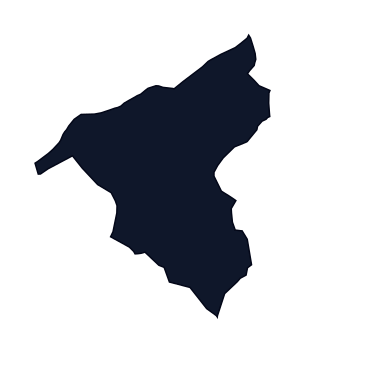 Sandamu, Katsina, Nigeria, rotated 151°
{"feature_id": "59680162B54666922464494", "entity_name": "Sandamu", "entity_type": "district", "adm_level": 2, "iso_a3": "NGA", "parent_name": "Nigeria", "parent_adm1": "Katsina", "projection": "robinson", "projection_center": [8.364, 12.927], "detail": "fine", "context": "isolated", "style": "filled", "palette": "ink", "viewbox_px": 384, "rotation_deg": 151, "n_neighbors": 0, "source": "geoboundaries", "source_scale": "gbopen_adm2", "svg_char_len": 1610}
<svg xmlns="http://www.w3.org/2000/svg" viewBox="0 0 384 384"><g transform="rotate(151 192 192)"><path d="M66.4,301.7L69.2,299.8L77.6,298.3L84.1,297.3L99.8,298.4L111.0,298.5L114.5,298.4L122.1,296.4L146.4,292.9L157.7,290.9L158.4,291.7L166.7,297.6L169.7,300.9L172.0,302.4L180.1,304.0L180.9,303.9L183.6,303.5L186.7,302.9L189.5,302.4L191.5,302.6L193.3,302.8L195.7,302.7L202.3,302.7L208.1,302.6L212.0,301.7L212.7,301.6L216.0,301.9L218.8,302.7L224.8,303.7L233.2,305.3L239.5,307.4L251.4,313.6L259.8,312.7L267.7,309.5L271.5,307.3L274.2,306.3L276.9,304.8L281.8,300.9L284.4,299.5L293.0,296.7L299.2,295.3L312.2,293.5L315.3,293.3L317.8,282.2L315.8,281.2L306.6,282.1L279.0,281.6L276.4,266.0L270.9,244.2L263.0,230.6L263.3,221.5L264.2,216.4L267.9,210.1L280.4,195.5L284.9,192.3L273.5,174.2L271.8,168.3L271.8,165.5L269.3,164.3L266.5,163.2L264.7,162.7L262.3,162.2L256.5,144.0L252.9,139.6L255.4,124.2L240.0,109.5L235.7,82.9L230.7,72.2L230.5,70.4L229.9,71.3L212.7,87.3L195.9,91.6L191.6,93.2L185.0,93.1L180.2,98.8L175.2,99.5L166.6,123.9L167.0,133.2L167.0,133.7L168.2,134.5L172.3,137.5L172.8,137.7L172.6,138.1L171.3,146.0L167.6,154.6L165.7,158.5L157.8,163.2L158.6,164.9L162.0,171.5L164.0,175.0L165.9,178.5L165.1,195.2L163.2,198.6L156.8,202.7L148.2,206.7L133.0,210.9L120.6,209.4L119.2,209.4L117.0,210.3L105.1,215.0L102.8,217.7L96.4,220.0L92.0,219.7L89.7,220.5L87.4,220.3L86.6,222.2L83.8,228.3L81.8,232.6L77.6,239.8L76.8,241.2L74.6,243.0L81.9,252.5L83.5,259.3L84.5,262.8L86.2,268.5L82.8,270.2L76.3,272.5L74.5,274.6L71.9,277.1L69.6,282.6L67.9,290.0L66.2,298.3L66.4,301.7Z" fill="#0f172a" stroke="#020617" stroke-width="1.5"/></g></svg>